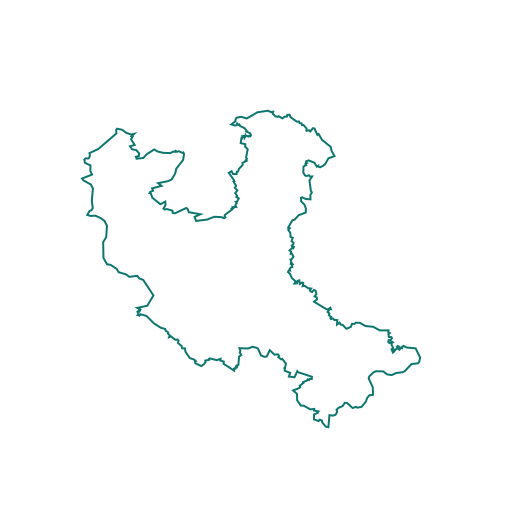 Huejutla de Reyes, Hidalgo, Mexico, rotated 49°
{"feature_id": "50627088B61765776713895", "entity_name": "Huejutla de Reyes", "entity_type": "district", "adm_level": 2, "iso_a3": "MEX", "parent_name": "Mexico", "parent_adm1": "Hidalgo", "projection": "albers", "projection_center": [-98.458, 21.143], "detail": "fine", "context": "isolated", "style": "outline", "palette": "teal", "viewbox_px": 512, "rotation_deg": 49, "n_neighbors": 0, "source": "geoboundaries", "source_scale": "gbopen_adm2", "svg_char_len": 6136}
<svg xmlns="http://www.w3.org/2000/svg" viewBox="0 0 512 512"><g transform="rotate(49 256 256)"><path d="M398.3,320.3L400.3,318.2L407.4,315.6L409.6,312.4L410.7,313.6L414.0,311.0L413.9,311.9L414.9,312.1L413.7,316.2L417.4,319.4L421.7,317.0L421.2,315.5L423.3,314.2L425.0,315.2L430.5,315.3L432.7,313.7L424.3,305.0L427.0,302.6L428.0,300.1L426.9,297.0L424.9,296.1L424.7,293.4L426.1,289.2L425.1,285.3L426.7,283.7L434.1,282.8L435.5,279.4L436.9,279.1L439.1,275.4L438.0,268.6L436.1,265.4L435.5,261.9L437.5,258.7L431.5,253.9L422.5,251.4L421.2,249.7L420.9,243.9L421.6,241.1L426.6,235.7L431.4,234.7L434.9,231.7L436.3,226.9L439.9,221.6L440.5,219.3L439.6,209.5L443.2,204.2L443.1,202.5L440.4,198.8L430.5,196.1L423.7,202.5L420.7,203.6L420.3,204.8L421.4,206.2L420.5,206.6L420.8,209.3L418.9,209.7L418.4,207.5L416.9,208.1L416.9,208.9L418.0,208.7L418.3,212.8L417.3,213.5L418.6,214.0L418.7,216.0L415.3,214.9L415.5,212.9L410.5,211.4L411.0,209.4L409.9,209.6L409.0,212.5L407.6,212.6L406.5,211.0L407.8,209.6L407.2,207.3L406.1,207.0L404.2,208.9L401.7,207.1L401.9,205.7L400.5,206.3L399.1,204.8L393.3,211.4L386.3,214.0L380.6,219.4L374.7,221.4L371.8,224.4L371.9,226.2L370.1,228.0L371.7,230.8L370.3,235.5L364.9,235.8L363.3,237.1L361.1,236.6L360.9,239.8L357.7,236.7L355.6,238.9L353.6,238.9L352.8,240.8L351.7,240.6L351.3,239.2L348.5,239.9L347.5,238.3L345.2,238.7L344.5,235.2L345.3,234.4L343.9,233.8L343.5,236.6L342.3,237.8L328.6,242.2L328.7,238.4L327.2,237.3L324.9,238.3L324.4,235.4L321.4,233.8L319.6,234.5L320.0,237.3L318.6,238.0L317.1,237.8L316.7,235.8L314.5,237.8L310.4,238.8L309.4,240.6L307.5,238.1L306.2,238.6L305.8,241.3L302.8,239.3L302.1,240.8L303.5,243.0L302.0,245.1L301.0,242.7L296.1,243.4L291.7,242.0L289.0,242.4L288.3,239.9L289.0,239.7L287.8,239.0L287.5,237.0L288.2,236.0L286.4,234.9L286.5,233.7L285.1,233.7L284.6,234.8L283.1,232.9L281.3,232.3L281.8,231.3L281.0,228.1L277.4,227.4L277.1,228.3L275.6,226.6L273.8,227.0L273.7,223.7L274.7,222.9L274.0,221.5L272.6,222.5L271.5,222.1L271.8,220.5L270.8,219.1L268.1,219.4L266.4,216.3L264.3,217.4L260.9,214.9L257.5,214.6L257.2,212.3L255.7,213.2L252.9,205.2L253.9,203.0L253.2,197.0L255.8,190.0L252.9,187.2L248.9,185.7L244.5,186.1L241.7,183.9L242.0,182.6L245.7,181.0L249.0,177.7L245.7,175.1L244.6,172.1L242.9,171.9L234.1,166.1L232.8,161.5L231.5,163.1L229.8,163.1L228.8,165.4L227.2,166.2L224.0,165.5L219.7,161.5L220.2,158.4L219.0,158.3L219.3,156.5L218.0,156.7L217.4,155.8L218.5,153.5L223.9,150.7L228.4,151.5L228.7,149.8L229.4,150.4L231.1,149.4L231.9,146.4L232.0,143.5L229.8,137.3L232.1,131.2L226.3,130.0L222.6,128.0L211.7,130.0L205.0,128.7L204.9,130.2L198.2,128.2L196.9,129.2L197.6,133.4L196.0,133.4L194.6,135.7L192.8,134.2L188.4,134.2L187.4,135.4L185.9,134.6L184.4,135.9L182.7,135.3L181.5,137.0L173.8,138.9L171.5,138.0L170.0,139.7L171.1,141.2L169.7,142.9L169.4,145.8L165.3,147.2L165.3,148.3L163.2,149.8L159.5,150.0L158.4,148.4L157.3,150.2L154.2,151.7L148.5,160.6L146.1,172.8L141.3,175.8L139.1,179.5L138.9,180.7L140.8,183.6L140.5,188.3L143.9,186.2L144.5,184.3L143.7,183.3L145.4,183.4L145.7,182.3L147.5,182.7L152.1,180.7L155.2,180.8L155.6,181.7L159.3,180.0L161.5,180.5L162.0,181.7L160.7,182.5L160.9,183.3L158.9,184.3L159.1,185.7L158.2,185.2L158.9,186.5L157.9,185.9L157.1,186.7L157.7,187.4L156.7,187.9L158.2,189.1L157.4,189.6L160.8,193.5L164.6,190.7L166.4,192.5L170.0,192.2L175.2,198.9L176.7,199.1L177.1,201.1L178.0,200.8L176.9,205.1L178.5,206.4L179.1,211.8L180.5,214.2L179.8,215.3L181.4,216.9L179.1,219.5L176.0,218.8L175.4,222.0L184.2,222.8L185.3,223.2L185.0,224.1L190.0,225.0L190.6,227.2L194.2,227.0L194.9,230.4L198.4,230.8L198.6,232.1L201.2,231.2L202.5,234.7L201.9,235.8L203.4,235.9L204.1,238.3L206.0,238.8L203.8,241.5L204.9,241.8L204.2,243.3L205.2,243.4L204.6,252.5L205.3,253.6L206.8,253.8L206.5,255.4L204.0,256.6L199.0,261.8L196.4,269.1L190.2,278.2L186.2,276.7L188.0,270.6L178.8,278.0L176.0,276.8L174.0,277.1L170.6,289.2L168.9,290.6L167.0,289.3L162.2,292.4L161.0,294.4L159.5,294.7L158.2,290.9L155.4,288.8L154.2,294.2L144.1,296.0L139.3,294.2L138.7,294.9L138.2,293.7L139.2,290.9L136.8,290.0L141.1,281.3L136.8,282.1L141.8,273.3L142.9,269.4L140.7,262.8L137.8,258.9L135.7,248.0L131.8,243.4L130.2,242.9L129.9,243.9L126.3,245.5L125.4,247.4L123.9,247.7L124.3,248.8L123.1,249.6L122.0,253.3L117.2,258.4L112.4,261.8L108.8,262.9L107.5,271.8L108.1,276.7L104.2,282.3L102.3,281.5L103.7,278.9L102.1,276.9L97.5,276.9L94.0,279.6L90.5,279.1L92.6,274.7L85.9,273.7L84.9,270.7L84.0,271.3L83.9,267.8L82.4,270.5L77.8,273.2L73.1,274.1L68.8,277.3L69.1,278.8L71.9,281.0L71.8,304.7L69.1,314.2L71.3,315.5L72.4,317.5L72.3,318.8L70.6,320.3L70.6,322.4L73.6,323.9L79.0,321.5L83.2,325.3L87.0,326.3L83.4,336.4L85.8,336.6L93.8,333.7L98.1,334.8L106.4,343.5L112.7,347.7L113.5,350.2L112.8,352.0L114.3,356.4L117.1,354.7L120.2,350.8L125.3,348.4L130.0,347.3L135.5,348.7L143.6,356.8L145.2,362.2L157.4,372.4L164.5,373.9L167.3,371.5L174.4,369.6L178.1,370.3L184.7,366.1L188.6,365.3L193.1,358.6L196.4,358.8L200.0,356.8L218.5,359.3L222.2,370.7L217.3,379.6L220.5,378.3L221.4,380.3L220.4,380.4L220.3,382.1L223.1,382.9L223.0,384.0L224.6,383.1L224.2,381.4L229.3,378.0L240.1,377.2L248.0,374.8L251.5,372.4L253.1,373.2L256.1,372.4L256.8,373.4L259.2,373.1L260.3,374.9L260.9,372.9L266.4,371.8L267.6,369.9L268.9,369.9L270.5,371.9L275.2,371.2L277.2,372.3L279.2,370.2L281.8,372.0L289.5,372.9L294.0,370.5L295.6,370.4L295.3,371.0L297.2,372.1L303.2,369.5L303.5,366.0L302.9,363.6L301.6,362.9L303.6,359.6L302.8,359.1L303.2,357.9L309.0,353.8L310.3,350.2L311.5,351.5L314.5,349.6L316.1,351.2L328.1,347.7L326.6,346.5L327.5,345.5L326.7,344.7L327.4,343.9L326.4,343.4L327.0,342.7L326.0,342.2L326.6,340.7L320.8,334.8L321.1,332.1L318.3,331.6L317.3,330.0L314.7,329.0L320.7,322.5L322.2,318.2L325.4,316.0L327.3,315.2L334.2,317.5L337.6,315.8L338.9,313.8L336.1,307.4L342.6,306.8L344.6,303.9L346.5,304.1L346.9,305.5L350.4,304.9L350.8,303.7L356.8,304.0L359.6,307.6L358.7,308.6L359.8,308.1L361.4,309.6L366.6,306.9L368.6,310.3L372.8,306.4L370.0,300.4L371.3,300.5L383.8,293.0L385.4,294.6L383.9,296.2L384.4,297.3L383.0,298.0L383.5,299.0L382.1,303.2L382.9,303.4L382.6,308.2L383.9,308.6L384.1,309.8L381.8,316.2L386.9,315.5L391.9,319.6L398.3,320.3Z" fill="none" stroke="#0f766e" stroke-width="2"/></g></svg>